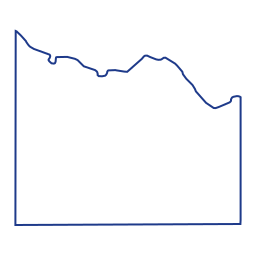 the district of Wichita, Texas, United States of America
{"feature_id": "52423323B53531362245787", "entity_name": "Wichita", "entity_type": "district", "adm_level": 2, "iso_a3": "USA", "parent_name": "United States of America", "parent_adm1": "Texas", "projection": "mercator", "projection_center": [-98.689, 34.023], "detail": "fine", "context": "isolated", "style": "outline", "palette": "blue", "viewbox_px": 256, "rotation_deg": 0, "n_neighbors": 0, "source": "geoboundaries", "source_scale": "gbopen_adm2", "svg_char_len": 1017}
<svg xmlns="http://www.w3.org/2000/svg" viewBox="0 0 256 256"><path d="M240.4,224.0L240.6,220.0L240.6,97.2L239.7,96.6L238.3,96.2L236.8,96.1L233.4,96.8L232.2,97.4L231.8,97.9L231.0,99.4L231.0,100.7L230.7,101.4L229.6,102.4L218.5,107.1L215.6,108.1L213.7,108.0L206.1,102.9L195.9,91.4L194.9,88.9L192.5,85.0L186.3,78.8L183.0,74.3L182.3,71.7L177.1,65.6L175.1,63.6L165.5,57.7L163.7,57.8L161.7,59.2L161.1,59.5L160.4,59.7L158.3,59.8L156.2,59.4L150.3,57.1L147.1,55.6L145.0,55.7L143.9,56.4L141.8,58.9L127.2,71.8L124.4,71.6L116.1,70.3L115.5,70.1L108.4,70.4L107.9,70.7L107.3,71.6L107.1,72.9L106.2,74.7L105.1,75.7L102.0,76.3L98.7,76.1L97.6,75.0L97.7,73.9L97.2,72.1L96.7,71.4L95.1,70.1L83.8,66.3L77.6,60.1L74.9,58.8L67.2,56.9L56.8,57.1L56.1,57.4L55.9,58.2L55.6,61.7L54.9,63.2L53.9,63.6L51.5,63.3L49.3,61.3L48.6,60.2L48.6,59.5L49.8,57.7L50.2,56.4L50.1,55.4L49.5,54.6L34.0,49.0L30.2,46.8L29.2,45.9L28.1,44.6L26.3,42.0L26.0,41.2L20.9,35.5L16.6,31.4L15.7,31.0L15.4,225.0L240.4,224.0Z" fill="none" stroke="#1e3a8a" stroke-width="2"/></svg>